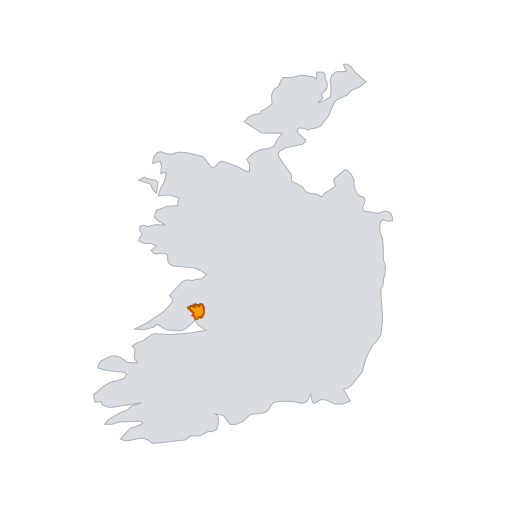 Ennis Lea-7, Clare, Ireland shown in context, rotated 10°
{"feature_id": "5873133B50268153868150", "entity_name": "Ennis Lea-7", "entity_type": "district", "adm_level": 2, "iso_a3": "IRL", "parent_name": "Ireland", "parent_adm1": "Clare", "projection": "mercator", "projection_center": [-8.994, 52.844], "detail": "fine", "context": "in_parent", "style": "filled", "palette": "amber", "viewbox_px": 512, "rotation_deg": 10, "n_neighbors": 0, "source": "geoboundaries", "source_scale": "gbopen_adm2", "svg_char_len": 7827}
<svg xmlns="http://www.w3.org/2000/svg" viewBox="0 0 512 512"><g transform="rotate(10 256 256)"><path d="M318.0,81.4L308.1,88.4L306.6,91.1L303.8,101.8L303.4,104.9L297.2,116.7L293.7,119.1L288.5,121.0L285.5,123.0L281.8,122.0L277.0,122.1L274.7,124.3L274.8,125.9L276.2,127.8L285.0,133.2L284.5,135.5L282.0,138.0L266.3,144.4L261.6,148.2L260.0,150.7L261.7,154.9L274.2,167.6L276.3,169.0L278.2,176.3L289.2,179.4L293.7,183.9L297.6,185.0L306.1,184.6L309.5,186.4L311.4,185.1L312.5,182.6L322.0,173.7L319.0,167.0L328.6,155.6L331.2,155.8L335.7,159.2L339.4,164.1L340.6,170.6L344.1,176.4L346.3,178.4L352.4,179.6L353.8,181.9L352.7,190.3L353.6,193.0L369.1,192.8L375.3,189.2L380.7,189.8L383.3,193.6L384.5,197.5L379.9,198.9L375.1,198.1L372.7,200.7L372.6,205.5L374.2,211.8L377.4,216.3L380.0,226.3L382.1,237.4L385.4,244.1L386.1,252.4L385.6,256.4L386.2,263.7L384.8,266.3L385.9,273.1L391.5,295.1L392.6,312.2L389.8,318.5L386.1,324.6L383.7,331.7L381.8,339.5L380.7,351.9L372.7,366.4L369.3,370.0L365.3,372.2L374.0,382.3L366.9,386.8L359.2,388.2L350.7,385.7L345.3,386.0L338.6,391.2L337.0,390.3L333.8,382.0L331.5,390.5L326.6,393.3L318.2,392.7L304.1,395.0L298.7,397.4L296.4,401.2L294.8,405.6L292.6,408.2L290.1,409.5L279.2,412.7L277.1,414.0L272.1,421.1L265.5,425.2L260.0,426.4L255.1,422.3L253.2,419.8L250.9,418.6L243.5,418.8L245.8,420.0L247.3,422.9L248.1,428.5L247.2,433.9L243.5,436.6L239.2,437.2L232.2,442.8L223.1,444.3L218.1,449.5L187.9,458.2L186.2,458.3L182.0,456.1L177.5,455.1L173.0,455.8L160.3,460.7L154.1,459.7L162.0,447.6L172.5,441.5L173.6,439.8L170.1,438.9L150.2,443.2L143.2,446.8L136.3,447.9L139.5,442.4L148.4,434.8L156.2,429.8L159.5,425.3L169.0,420.2L138.6,430.7L130.6,429.4L128.7,426.5L122.5,427.9L120.1,420.8L129.3,410.0L134.7,405.4L141.1,402.9L147.2,399.3L149.5,394.9L146.6,393.5L128.2,394.6L119.4,393.7L119.9,390.2L121.5,386.4L130.6,379.7L135.6,378.7L140.0,379.3L147.8,383.2L158.1,381.9L153.8,377.7L153.0,369.1L149.7,366.2L153.9,362.2L158.8,359.8L166.9,351.5L169.7,350.2L185.7,348.2L202.9,343.8L220.0,337.8L211.3,334.4L207.1,330.0L200.3,339.0L195.5,342.4L181.8,344.2L177.4,343.2L171.3,340.4L169.4,341.5L167.7,343.7L158.6,348.1L149.1,349.1L160.1,341.0L174.2,327.3L177.3,322.9L181.8,315.4L180.4,312.0L177.5,310.1L187.7,294.4L191.3,291.6L197.8,291.1L202.6,288.6L204.7,288.6L206.6,287.7L210.8,283.0L204.4,280.0L197.7,278.4L177.0,280.1L174.3,279.7L171.7,278.3L170.0,276.2L168.8,270.8L167.3,269.6L162.6,269.6L158.0,271.3L154.8,271.1L151.6,268.8L156.6,263.3L150.2,262.0L143.6,263.1L138.1,261.4L137.9,258.0L140.4,254.5L137.2,251.3L136.5,247.1L140.0,245.1L143.7,245.8L151.5,242.7L161.3,241.2L152.9,238.2L149.5,235.6L149.3,231.7L150.0,228.3L159.8,222.5L170.2,220.0L169.5,216.2L170.2,212.1L159.6,210.9L149.2,213.8L150.3,205.9L152.8,198.8L153.3,194.1L152.8,189.1L147.9,191.3L147.4,184.2L145.3,179.3L138.0,182.7L138.2,176.2L140.3,171.7L144.1,169.8L147.8,170.6L154.8,170.6L161.5,167.2L171.2,166.3L186.7,167.4L197.3,176.9L200.1,175.2L204.3,169.2L206.3,168.5L222.3,171.1L232.3,174.6L234.9,173.5L233.5,166.8L230.1,162.2L234.4,156.1L239.6,152.0L243.1,149.9L251.1,147.3L254.7,144.9L257.0,137.1L260.7,130.5L240.5,133.9L221.2,126.1L224.3,120.6L228.4,117.5L235.4,115.1L236.0,112.2L239.6,109.8L245.4,103.5L243.3,95.3L244.4,89.2L248.7,85.3L250.0,79.6L251.9,75.5L260.5,74.0L268.7,70.1L281.4,69.6L284.7,71.1L283.9,64.3L289.9,63.4L292.3,64.7L293.3,69.6L296.0,72.7L296.8,78.1L295.0,82.2L292.0,85.4L294.8,88.7L290.4,94.6L295.1,92.1L301.7,86.3L301.4,81.6L300.3,75.6L298.4,70.2L299.3,64.3L303.0,60.6L312.8,58.7L308.8,52.0L312.4,51.3L316.2,52.7L322.0,58.0L334.1,65.4L328.2,71.9L320.9,76.5L318.0,81.4ZM147.1,208.5L146.8,211.6L142.2,207.8L139.9,203.6L127.2,201.7L132.5,197.5L135.1,198.7L144.1,198.9L146.6,200.7L147.1,208.5Z" fill="#d9dde1" stroke="#a8b0b8" stroke-width="1"/><path d="M208.9,328.6L209.1,328.3L209.2,328.0L209.6,327.7L209.8,327.4L209.9,327.2L209.9,326.8L209.8,326.6L210.0,326.7L210.3,326.4L210.6,326.4L210.9,326.3L210.9,326.2L211.0,325.9L211.4,325.9L211.6,325.9L211.6,325.7L211.7,325.4L211.8,325.5L212.0,325.4L212.1,325.7L212.2,325.8L212.4,325.9L212.4,326.0L212.4,326.5L212.8,326.6L213.0,326.1L213.1,325.9L213.1,325.7L213.3,325.8L213.5,325.6L213.4,325.5L213.5,325.4L213.5,325.1L213.7,324.7L214.0,324.5L214.1,324.3L213.9,324.1L214.0,323.9L214.3,323.5L214.2,323.5L214.0,322.8L214.0,322.6L214.3,322.7L214.5,322.6L214.4,322.4L214.5,322.3L214.4,322.2L214.6,322.0L214.6,321.5L214.7,321.3L214.8,321.3L214.9,321.1L215.2,321.2L214.6,320.6L214.4,320.3L214.5,320.2L214.4,319.9L214.4,319.7L214.1,319.8L214.0,319.7L214.0,319.4L214.1,319.1L214.1,318.9L214.2,318.7L214.1,318.4L214.2,318.1L214.3,317.7L214.2,317.7L214.3,317.6L214.2,317.5L214.2,317.4L214.0,317.2L213.9,317.2L213.8,317.3L213.6,317.2L213.6,316.9L213.6,316.6L213.9,316.3L214.0,316.1L213.6,315.9L213.6,316.1L213.3,316.1L213.4,315.8L213.2,315.9L212.9,315.8L213.0,315.5L213.0,315.3L212.9,315.2L212.9,314.9L212.6,314.9L212.4,314.7L212.4,314.4L212.4,314.2L212.4,313.9L212.5,313.7L212.4,313.4L212.2,313.1L211.9,313.0L211.7,312.8L211.3,312.8L211.1,313.0L210.9,313.3L210.7,313.2L210.4,312.8L210.1,312.8L209.9,312.6L209.3,312.9L209.1,312.9L208.8,313.1L208.9,313.3L209.0,313.4L209.3,313.3L209.6,313.5L209.6,313.8L209.3,313.9L209.3,314.0L209.1,314.0L209.0,314.4L209.2,314.6L209.3,314.7L209.4,314.8L209.1,315.0L209.0,314.9L208.8,314.8L208.8,314.7L208.5,314.7L208.6,314.9L208.4,315.2L208.7,315.3L208.5,315.6L208.5,315.9L208.1,315.9L208.1,315.7L207.9,315.6L207.9,315.4L208.0,315.0L208.1,314.8L208.1,314.6L208.1,314.4L207.9,314.5L207.8,314.2L207.6,314.1L207.3,314.4L207.0,314.4L206.9,314.6L206.7,314.7L206.5,314.8L206.4,314.8L206.4,314.7L206.3,314.2L206.2,314.2L205.9,314.1L205.7,314.2L205.7,314.3L205.6,314.5L205.5,314.8L205.4,314.9L205.3,315.1L205.3,315.3L205.2,315.3L205.0,315.0L205.1,314.9L205.2,314.7L205.0,314.4L205.0,314.1L205.1,313.8L205.0,313.6L204.9,313.6L204.7,314.1L204.4,314.1L204.2,314.2L204.1,314.4L204.1,314.6L204.1,314.9L204.1,315.0L203.9,314.9L203.9,315.1L203.8,315.3L203.7,315.4L203.7,315.2L203.4,315.3L203.2,315.4L203.0,315.2L202.9,315.1L202.9,315.3L202.7,315.5L202.8,315.5L202.8,315.9L202.6,315.8L202.4,315.9L202.5,316.1L202.8,316.1L203.4,316.0L203.7,316.0L203.8,316.2L204.0,316.2L204.3,316.2L204.4,316.3L204.4,316.5L204.5,316.4L204.6,316.7L204.7,316.8L204.3,316.8L204.2,316.8L204.3,316.6L204.2,316.5L204.1,316.4L203.8,316.6L203.7,316.6L203.5,316.8L203.3,316.5L203.3,316.3L203.2,316.4L203.1,316.6L202.9,316.4L202.7,316.6L202.4,316.4L202.2,316.5L202.1,316.4L201.8,316.6L201.7,316.6L201.2,316.4L201.0,316.5L200.9,316.4L201.0,316.3L201.0,316.1L200.4,316.3L200.2,316.2L200.1,316.3L199.7,316.7L199.7,316.8L199.6,317.0L199.9,317.2L200.0,317.5L199.9,317.7L199.7,317.8L199.9,318.0L199.6,318.2L199.4,318.1L199.1,318.5L198.7,318.6L198.7,318.3L198.3,318.1L198.0,318.1L197.9,318.2L197.6,318.2L197.6,318.3L197.6,318.5L197.8,318.7L197.8,318.8L198.1,318.8L198.1,319.4L198.2,319.6L198.4,319.6L198.5,319.6L198.6,319.4L198.9,319.3L199.4,319.3L199.6,319.4L199.5,319.6L199.4,319.7L199.5,319.9L200.2,319.7L200.6,319.8L200.6,320.3L201.0,320.4L200.9,320.6L200.6,320.8L200.8,321.0L200.8,320.9L201.2,320.8L201.2,321.0L201.4,321.0L201.7,321.3L202.0,321.1L202.3,321.4L202.4,321.5L202.6,321.7L202.5,321.9L202.6,322.1L202.7,322.3L202.9,322.4L203.2,322.4L203.2,322.5L203.4,322.7L203.7,323.0L203.7,322.9L203.8,322.7L203.8,322.4L204.0,322.3L204.3,322.4L204.6,322.5L204.6,322.8L204.5,323.0L205.1,323.4L205.3,323.4L204.9,323.5L204.5,323.7L204.2,324.0L204.0,324.3L204.1,324.5L204.3,324.7L204.6,324.6L204.5,324.9L204.4,324.9L204.4,325.0L204.2,325.1L204.0,325.3L203.8,325.6L203.7,325.6L203.4,325.7L203.5,325.8L203.8,325.7L204.2,325.7L204.3,325.9L204.8,325.5L205.0,325.9L205.4,326.1L205.5,326.0L205.8,326.1L206.1,326.2L206.1,326.3L206.6,326.9L206.5,327.0L206.8,327.2L207.0,327.4L206.3,328.0L207.1,328.8L207.0,329.0L206.8,329.1L207.1,329.0L207.3,329.1L207.9,328.8L208.5,328.6L208.9,328.6Z" fill="#f59e0b" stroke="#b45309" stroke-width="1.5"/></g></svg>